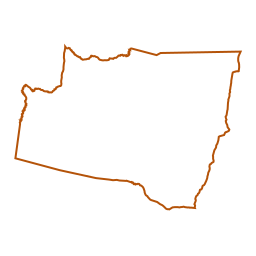 Yaví, Jujuy, Argentina (Natural Earth projection)
{"feature_id": "61730980B17407958230561", "entity_name": "Yaví", "entity_type": "district", "adm_level": 2, "iso_a3": "ARG", "parent_name": "Argentina", "parent_adm1": "Jujuy", "projection": "natural_earth1", "projection_center": [-65.741, -22.313], "detail": "fine", "context": "isolated", "style": "outline", "palette": "amber", "viewbox_px": 256, "rotation_deg": 0, "n_neighbors": 0, "source": "geoboundaries", "source_scale": "gbopen_adm2", "svg_char_len": 5540}
<svg xmlns="http://www.w3.org/2000/svg" viewBox="0 0 256 256"><path d="M194.9,208.0L194.7,207.5L195.1,205.7L195.0,205.1L194.4,204.2L195.7,200.9L195.8,200.0L195.3,199.0L195.8,197.1L196.5,195.8L197.4,195.3L197.7,194.7L198.0,193.7L198.7,193.3L199.2,192.7L199.6,191.5L199.8,190.4L200.0,189.8L200.3,189.6L201.4,189.4L202.1,188.1L202.4,186.6L202.7,185.8L204.1,185.0L204.8,184.0L205.6,182.1L205.9,181.7L207.1,178.5L207.3,177.7L207.4,176.4L208.0,174.6L208.2,173.1L208.4,172.4L209.3,170.6L209.7,169.1L209.7,167.8L209.4,166.8L209.7,164.9L210.1,164.3L211.0,163.9L211.6,163.0L213.4,162.0L213.6,161.3L213.6,160.6L213.1,158.8L213.1,156.5L212.9,155.9L213.0,155.3L214.4,150.2L216.0,147.6L216.1,147.2L216.2,145.6L216.8,144.4L217.3,143.8L218.4,140.1L218.8,136.8L219.5,136.3L224.1,135.0L225.1,132.7L225.6,132.2L226.5,132.1L227.4,131.5L228.3,131.2L229.0,130.6L229.3,129.5L227.6,127.2L227.2,124.9L226.3,123.2L225.9,121.7L225.8,120.9L226.1,120.6L226.5,119.6L226.2,119.1L225.6,116.8L225.7,116.5L226.4,115.6L226.6,114.9L227.3,110.5L227.6,109.5L228.0,102.7L228.4,100.5L228.3,99.7L229.5,96.2L229.5,94.6L229.4,93.9L229.5,93.3L230.1,92.3L230.1,91.6L229.9,91.3L229.9,90.0L230.2,89.4L230.5,86.9L230.8,85.6L230.9,84.4L231.2,83.0L231.3,80.6L232.5,73.5L232.8,72.5L234.4,71.8L235.0,71.8L235.6,71.5L237.3,71.2L238.1,71.4L238.7,71.2L239.2,67.2L239.1,64.4L238.8,62.7L238.5,62.1L238.2,60.8L238.2,58.2L238.5,56.6L238.7,55.9L240.6,51.6L160.6,53.0L156.6,55.1L131.5,48.5L130.8,48.6L130.6,48.9L130.4,48.9L130.3,49.3L130.1,49.3L129.8,49.6L130.0,50.1L129.5,50.0L129.7,50.4L129.3,51.0L129.3,51.4L128.9,51.4L128.8,51.7L129.3,52.6L128.9,52.8L128.6,52.7L128.6,52.9L128.8,52.9L128.9,53.1L128.5,53.0L128.4,53.5L128.5,53.8L128.7,53.6L128.7,53.3L129.0,53.6L129.1,53.8L128.9,54.0L129.1,54.2L129.1,54.5L128.6,55.0L128.3,54.8L128.1,55.2L128.4,55.5L128.0,55.8L127.4,55.7L127.2,56.1L126.6,56.2L126.6,55.7L126.2,55.7L126.1,55.2L125.4,55.4L125.0,55.3L124.9,55.6L123.9,55.3L123.3,55.8L122.9,55.4L122.6,54.9L122.2,54.7L121.4,55.1L120.6,55.0L120.3,55.7L120.0,55.8L119.2,55.5L118.5,55.6L117.6,56.6L116.2,57.8L114.7,57.8L114.1,58.0L113.8,58.4L113.1,58.9L112.2,58.5L111.0,58.6L109.7,58.3L109.4,58.6L109.0,59.7L108.5,60.0L106.8,60.3L104.7,60.2L103.0,60.4L101.7,60.2L99.7,59.7L99.0,59.1L98.0,57.7L97.3,57.2L95.9,56.8L95.1,56.3L94.5,56.1L93.2,56.3L91.7,55.7L91.1,55.8L91.0,56.0L91.1,56.5L90.9,56.9L90.5,57.3L89.6,57.6L88.9,58.9L87.4,58.9L85.9,59.4L85.1,59.3L83.1,59.7L82.5,59.7L81.8,59.0L81.5,59.0L80.9,58.6L80.9,58.3L80.5,58.0L80.2,57.4L80.0,57.1L79.3,57.3L78.8,56.9L78.4,56.9L77.8,56.2L77.2,56.2L76.8,55.9L76.1,55.2L75.6,55.1L75.4,54.9L75.2,54.9L75.1,54.6L74.6,54.4L74.6,54.1L74.2,53.9L74.0,53.6L74.1,53.2L73.7,52.6L73.3,52.2L72.8,52.3L72.7,52.1L72.5,51.9L72.0,51.5L71.8,50.5L71.4,50.2L71.2,50.5L70.9,50.3L70.7,49.9L70.4,49.6L70.1,49.0L69.5,48.5L69.6,48.2L69.4,48.1L69.0,48.1L68.7,47.9L67.8,48.4L67.3,48.4L66.4,48.2L65.2,46.6L65.2,48.1L64.9,49.5L64.7,51.1L64.1,53.0L63.9,57.8L64.2,59.2L64.4,61.2L64.0,62.7L63.8,64.2L63.5,67.2L63.5,69.4L63.0,71.3L62.2,72.7L61.7,75.3L61.8,77.5L61.2,80.8L61.2,82.5L61.4,83.5L61.2,85.2L60.6,86.0L59.4,86.1L58.5,86.5L57.9,86.6L57.1,87.2L56.4,87.3L56.3,87.5L56.3,87.9L56.0,88.1L55.6,89.2L55.2,89.4L54.6,89.3L54.6,89.7L54.2,90.0L54.1,90.3L53.8,90.6L52.9,91.0L52.1,92.2L51.2,92.5L50.1,92.3L49.1,92.5L48.6,92.0L48.1,92.1L47.9,91.6L47.5,91.6L47.0,91.3L46.6,91.5L46.0,91.4L45.1,91.4L43.7,91.0L42.6,90.0L41.5,90.0L40.6,89.7L40.0,88.9L39.2,89.0L38.5,88.6L37.7,88.7L37.1,89.0L36.4,88.9L36.0,88.5L35.2,88.6L34.9,89.5L34.4,90.0L34.3,90.8L33.9,91.0L33.1,91.0L32.9,91.3L32.7,91.3L32.5,91.1L32.4,90.3L32.0,90.6L31.8,90.4L31.6,89.8L30.9,89.3L30.7,88.7L29.8,87.6L28.4,86.8L26.4,85.1L25.8,84.8L25.4,85.0L25.0,85.4L25.3,86.0L25.2,86.3L24.8,86.4L24.2,86.2L24.1,86.6L23.7,86.9L22.9,88.1L23.3,88.4L23.3,88.8L22.4,90.0L22.2,90.3L22.4,90.4L22.4,90.9L22.1,91.1L22.3,91.3L22.7,91.3L22.8,91.6L22.9,91.9L22.6,92.3L23.2,92.4L23.3,92.6L23.2,92.9L22.9,92.9L23.0,93.5L23.6,93.5L23.9,94.5L24.6,94.6L24.7,95.5L25.5,96.3L26.2,97.5L26.3,99.1L25.9,99.7L25.7,100.5L25.1,100.9L25.1,101.5L25.5,101.8L25.6,102.0L25.4,102.6L26.0,103.5L25.7,104.4L25.9,104.6L26.3,104.5L26.2,105.1L26.3,105.5L26.1,105.6L25.7,105.5L25.4,105.8L25.5,107.4L25.2,107.6L24.6,107.5L24.1,108.4L24.7,109.2L24.5,109.8L24.7,110.1L24.6,110.3L24.2,110.6L23.9,110.3L23.3,110.2L23.1,110.6L23.5,111.0L23.4,111.4L23.2,111.5L22.9,111.1L22.6,111.2L22.6,111.5L23.0,111.8L23.0,112.5L23.2,112.8L23.1,113.5L22.2,113.8L22.2,114.4L21.9,114.5L22.1,115.1L22.1,115.4L22.3,116.1L22.5,116.2L22.5,116.5L22.3,116.6L22.2,116.8L21.7,116.6L21.6,116.8L21.8,117.6L21.4,118.0L21.6,119.0L20.9,119.2L21.2,119.9L20.8,119.9L20.6,120.4L20.3,120.4L20.8,121.1L20.4,121.5L20.4,121.8L20.0,122.0L19.8,122.4L20.1,123.8L15.4,158.3L59.8,170.2L96.0,178.1L109.3,179.6L113.0,180.2L116.8,179.9L119.5,180.5L126.1,180.9L126.5,180.7L130.6,182.1L131.3,182.0L131.6,182.4L131.9,182.1L132.5,182.7L132.9,182.5L133.1,182.7L133.0,183.0L133.4,183.4L133.7,184.1L133.9,184.1L134.0,183.6L134.5,183.9L134.9,183.8L135.1,184.3L135.4,184.5L136.1,184.0L137.0,184.2L137.7,183.8L138.9,183.9L139.3,184.1L140.0,185.3L140.3,185.4L140.8,185.4L141.6,185.9L142.8,187.0L143.2,187.6L143.7,188.6L144.5,191.0L144.7,192.6L145.5,194.6L146.0,195.3L147.4,196.2L147.9,197.1L150.1,199.5L151.0,200.0L157.2,202.0L160.0,204.1L162.3,205.2L163.3,206.0L165.0,207.6L165.7,208.4L166.3,208.8L167.3,209.2L168.5,209.2L169.3,209.4L172.5,207.4L175.0,207.1L177.4,207.1L179.6,207.4L180.7,207.1L182.1,207.0L183.7,206.7L184.8,207.1L187.7,207.5L189.0,207.4L189.8,207.7L190.9,207.6L194.9,208.0Z" fill="none" stroke="#b45309" stroke-width="2"/></svg>